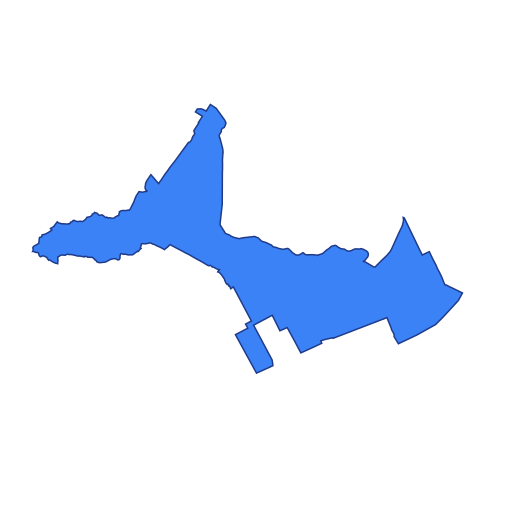 outline of Jijila, Tulcea, Romania, rotated 120°
{"feature_id": "2599482B36076163507486", "entity_name": "Jijila", "entity_type": "district", "adm_level": 2, "iso_a3": "ROU", "parent_name": "Romania", "parent_adm1": "Tulcea", "projection": "mercator", "projection_center": [28.171, 45.34], "detail": "fine", "context": "isolated", "style": "filled", "palette": "blue", "viewbox_px": 512, "rotation_deg": 120, "n_neighbors": 0, "source": "geoboundaries", "source_scale": "gbopen_adm2", "svg_char_len": 6140}
<svg xmlns="http://www.w3.org/2000/svg" viewBox="0 0 512 512"><g transform="rotate(120 256 256)"><path d="M260.8,88.8L244.0,77.2L225.6,66.2L215.6,63.5L193.4,58.5L184.8,58.7L185.6,70.5L185.8,72.2L186.0,76.9L186.6,77.7L185.3,79.7L181.5,84.4L178.3,89.1L176.4,92.3L174.0,95.4L170.4,101.1L165.6,108.1L172.0,112.5L169.4,116.5L148.9,146.6L149.0,147.8L151.4,146.0L156.0,144.6L157.9,144.3L166.1,143.7L181.8,142.1L184.6,142.0L189.9,142.9L196.6,144.9L206.0,147.4L206.3,147.8L206.5,148.4L206.6,149.0L206.5,158.0L206.6,159.1L207.0,160.2L206.7,160.3L206.2,159.7L205.9,159.6L200.8,158.8L199.7,159.0L198.1,159.7L197.2,160.6L196.5,162.2L196.4,162.9L196.5,166.2L197.0,168.5L197.4,169.1L198.5,170.1L198.7,170.4L198.9,171.4L200.4,173.8L201.8,175.0L203.5,176.0L204.7,177.2L205.6,178.4L205.8,179.0L206.0,180.8L206.0,181.3L205.8,182.0L205.9,183.0L207.2,186.0L207.3,189.5L207.0,191.1L207.0,192.4L207.7,193.4L208.5,194.0L209.2,195.0L210.3,195.7L212.8,196.5L216.1,198.1L219.2,199.0L220.5,199.6L221.7,200.5L223.2,201.9L224.8,203.1L224.6,203.5L225.0,204.1L226.5,207.6L229.2,212.0L229.6,212.3L230.0,214.0L230.0,214.8L229.6,216.3L229.7,217.1L232.1,218.3L234.1,219.8L234.4,220.3L234.5,220.9L235.1,222.0L235.2,222.5L235.1,223.1L234.9,224.2L235.0,225.6L234.7,226.7L233.7,230.3L233.5,231.8L233.8,232.7L236.0,235.1L236.7,236.0L237.4,237.9L238.2,240.5L238.4,242.5L239.1,244.4L239.3,245.4L239.4,246.1L239.2,247.1L238.9,247.5L238.8,248.1L239.1,250.3L239.0,251.0L239.3,252.4L239.2,253.2L239.7,255.7L240.1,257.0L240.3,258.2L240.2,259.1L239.8,260.6L239.6,261.8L239.2,262.9L239.8,266.9L239.9,267.3L242.0,269.8L242.8,271.2L243.6,272.1L245.2,274.4L246.2,275.6L247.8,277.6L249.4,279.2L250.9,284.3L251.3,287.3L251.1,289.3L251.2,290.8L251.4,291.4L251.7,293.2L251.3,295.0L251.0,295.3L250.5,295.6L250.4,296.2L247.1,302.4L247.0,302.8L228.1,311.1L200.8,326.7L197.2,328.6L191.3,332.0L190.1,332.8L184.5,335.6L183.2,336.1L181.0,337.5L179.7,338.5L172.2,345.9L172.1,346.4L171.3,346.7L171.2,347.1L171.2,347.3L170.5,348.0L170.0,348.2L168.7,348.3L167.0,348.2L166.3,348.3L165.7,348.2L164.4,348.9L163.8,349.1L162.2,348.9L161.0,348.0L160.5,347.8L157.3,348.1L156.4,348.5L155.8,348.5L153.9,351.2L148.0,364.3L147.6,371.3L155.4,371.6L155.4,373.3L155.9,377.0L158.0,380.3L161.5,380.5L161.8,372.3L169.3,372.6L169.4,372.1L178.6,372.5L179.5,371.5L180.0,371.1L180.6,370.2L183.1,370.2L183.5,370.5L184.9,370.4L187.3,369.9L189.4,370.0L190.9,370.5L191.4,371.0L191.4,371.3L214.0,373.7L222.5,374.9L226.4,375.2L230.2,375.7L238.5,376.2L239.6,376.4L242.0,376.6L238.1,387.7L245.4,388.2L246.3,388.2L248.3,387.9L249.9,387.2L251.2,386.8L252.2,386.3L253.3,385.3L253.7,384.8L253.9,384.3L254.1,383.0L254.3,382.8L254.7,383.0L255.8,384.4L257.6,386.3L258.4,388.7L258.8,389.5L263.7,389.8L267.3,389.4L269.9,388.9L277.9,388.4L279.6,388.6L279.8,389.2L282.1,391.9L282.6,393.2L284.1,395.3L286.0,396.5L286.5,396.0L287.9,395.8L289.6,395.2L290.5,396.1L292.5,397.4L293.8,397.7L294.2,398.0L295.3,399.6L296.0,401.8L296.6,402.5L296.9,403.2L297.1,403.5L296.9,404.6L297.5,404.9L297.8,405.7L297.8,406.4L297.5,407.6L297.3,409.5L297.6,410.2L299.2,412.1L298.9,413.5L298.4,414.6L298.7,416.1L299.0,416.9L298.9,417.6L299.2,417.7L299.8,417.7L300.5,417.8L301.6,418.8L302.7,418.4L303.4,418.6L305.1,419.5L306.2,420.9L307.1,421.8L308.7,421.8L310.3,422.2L312.3,423.1L313.2,423.8L313.4,424.8L313.8,425.7L315.5,427.8L315.9,429.6L316.1,431.3L316.3,431.8L317.2,432.3L318.0,432.4L318.9,432.7L319.1,433.3L319.6,433.5L320.0,433.5L320.6,433.3L321.1,433.7L321.7,433.8L321.8,434.0L321.9,434.7L322.7,435.4L323.2,436.3L323.4,437.1L324.0,437.9L324.4,439.1L325.2,440.0L325.4,441.4L325.9,442.9L326.1,443.3L325.8,445.2L331.2,445.9L331.3,445.8L335.0,447.7L335.6,445.8L338.7,447.2L340.8,448.4L342.8,449.8L344.6,451.8L345.0,451.8L345.8,451.3L346.5,451.3L347.0,451.5L348.0,452.7L348.5,452.7L353.6,450.5L354.2,450.7L358.6,453.3L359.5,453.5L360.2,453.5L362.2,452.0L363.1,451.7L363.7,451.7L363.4,451.2L363.0,448.6L362.9,448.1L362.2,447.1L362.0,446.4L362.0,446.2L363.8,444.2L364.4,442.9L364.3,442.1L363.6,441.5L362.7,441.1L362.1,439.7L362.1,439.4L361.9,437.7L361.9,436.3L362.0,435.9L362.8,435.1L362.9,434.3L363.3,433.5L363.0,433.4L362.6,432.5L362.7,431.3L362.7,429.8L362.8,429.2L362.4,425.5L361.9,424.6L361.8,423.9L360.8,424.4L360.2,424.8L358.6,425.3L357.8,426.2L356.1,427.0L355.6,427.1L355.3,426.7L352.7,425.3L352.0,424.3L351.7,423.5L350.8,421.7L348.9,420.4L348.6,420.0L348.1,418.3L347.5,417.5L346.5,415.1L346.4,414.4L346.0,413.4L345.9,412.7L345.6,412.1L345.5,411.3L345.2,410.7L345.0,409.8L344.2,408.9L344.2,408.5L343.8,407.8L343.8,407.4L343.0,405.5L342.8,404.5L342.8,404.4L342.2,404.3L341.9,404.1L341.8,403.5L341.4,403.1L341.0,402.3L341.3,401.6L341.2,401.1L340.4,399.8L340.2,399.1L339.8,398.6L339.6,398.1L339.0,397.3L339.1,396.6L339.0,396.3L339.0,395.9L339.3,395.6L339.6,394.0L339.9,393.7L339.8,392.9L340.0,392.0L340.2,391.5L340.5,391.2L340.6,390.5L340.4,389.5L340.2,388.6L339.4,387.2L336.9,383.8L335.8,382.8L331.7,380.3L330.1,378.6L329.3,377.6L328.6,376.2L328.5,375.6L328.5,374.3L328.5,373.9L328.1,373.2L327.8,372.8L326.9,372.6L325.6,372.8L324.3,373.7L322.3,374.2L321.8,374.3L321.4,374.0L321.2,373.6L320.9,372.0L320.7,371.4L319.6,369.8L319.4,369.0L319.2,367.9L318.9,367.1L316.6,363.4L311.1,361.0L311.2,360.4L310.0,360.0L308.9,360.0L306.9,359.3L306.8,360.2L304.1,360.8L302.9,361.3L302.3,360.9L301.5,359.2L300.6,357.6L298.2,355.0L297.6,354.2L297.4,353.9L297.3,351.2L296.9,350.0L296.7,346.5L296.3,343.1L296.2,338.4L295.8,338.4L292.4,337.0L290.8,336.6L289.0,335.9L289.1,334.2L288.6,320.6L288.6,319.0L288.3,315.1L288.3,306.2L288.1,299.7L288.2,295.6L288.2,292.5L287.8,291.6L287.1,291.2L286.9,290.6L287.4,288.2L286.8,286.9L286.9,283.9L286.2,280.8L287.7,281.2L288.9,281.2L288.6,279.7L289.5,276.5L291.9,271.6L292.6,271.1L294.4,268.5L295.0,267.2L294.3,266.5L295.6,264.8L295.0,264.3L297.0,261.5L294.1,260.2L314.6,227.5L320.2,231.0L322.6,227.0L334.4,234.5L357.2,197.0L342.5,186.5L338.0,190.0L317.1,223.5L299.2,212.3L308.8,197.9L302.4,193.2L310.6,179.7L317.5,168.7L298.7,155.4L297.1,157.5L293.5,154.2L288.4,148.6L288.7,148.1L288.4,147.8L243.9,111.8L250.9,102.8L251.7,102.1L253.0,100.2L254.2,98.1L255.6,96.7L256.8,96.1L260.8,88.8Z" fill="#3b82f6" stroke="#1e3a8a" stroke-width="1.5"/></g></svg>